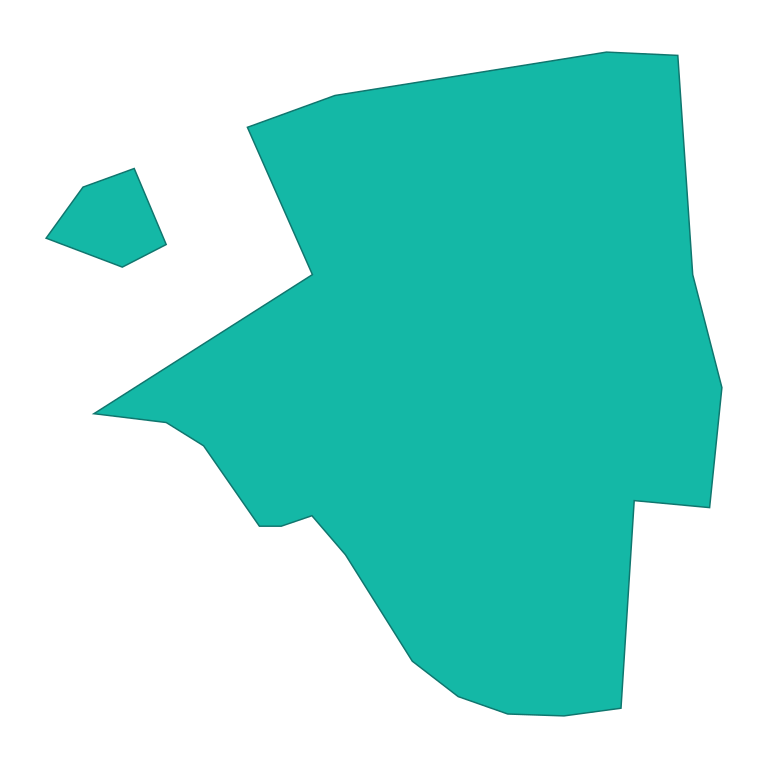 A'ana, Mercator projection
{"feature_id": "WSM-4985", "entity_name": "A'ana", "entity_type": "state/province", "adm_level": 1, "iso_a3": "WSM", "parent_name": "Samoa", "parent_adm1": "", "projection": "mercator", "projection_center": [-171.958, -13.906], "detail": "fine", "context": "isolated", "style": "filled", "palette": "teal", "viewbox_px": 768, "rotation_deg": 0, "n_neighbors": 0, "source": "natural_earth", "source_scale": "10m", "svg_char_len": 462}
<svg xmlns="http://www.w3.org/2000/svg" viewBox="0 0 768 768"><path d="M247.4,127.3L334.9,95.5L606.5,52.1L677.8,55.4L692.7,274.6L721.9,387.6L709.6,507.6L634.2,500.6L621.0,708.2L564.0,715.9L507.7,714.0L458.2,696.6L412.3,661.2L345.5,554.8L311.9,515.7L281.2,526.2L259.4,526.2L203.6,445.8L166.2,422.5L93.9,413.7L312.4,274.6L247.4,127.3ZM46.1,238.2L83.0,187.1L134.2,168.5L166.2,244.5L122.3,267.1L46.1,238.2Z" fill="#14b8a6" stroke="#0f766e" stroke-width="1.5"/></svg>